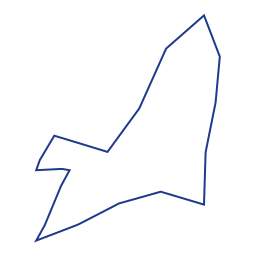 an SVG outline of Carriacou and Petite Martinique
{"feature_id": "GRD-5069", "entity_name": "Carriacou and Petite Martinique", "entity_type": "Dependency", "adm_level": 1, "iso_a3": "GRD", "parent_name": "Grenada", "parent_adm1": "", "projection": "orthographic", "projection_center": [-61.462, 12.485], "detail": "fine", "context": "isolated", "style": "outline", "palette": "blue", "viewbox_px": 256, "rotation_deg": 0, "n_neighbors": 0, "source": "natural_earth", "source_scale": "10m", "svg_char_len": 355}
<svg xmlns="http://www.w3.org/2000/svg" viewBox="0 0 256 256"><path d="M204.0,204.6L160.7,191.7L119.1,203.4L78.0,224.6L36.2,240.6L44.7,225.3L61.2,185.6L69.6,170.2L62.0,168.9L36.2,170.2L39.8,160.1L54.3,135.7L107.5,151.9L139.3,108.4L166.1,48.6L204.0,15.4L219.8,56.6L215.6,102.5L205.6,152.3L204.0,204.6Z" fill="none" stroke="#1e3a8a" stroke-width="2"/></svg>